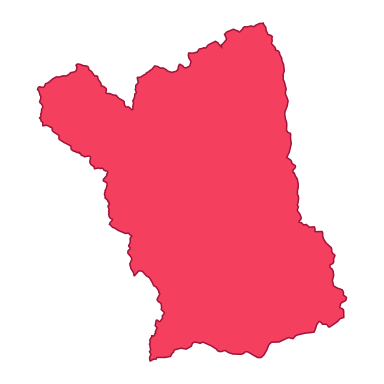 Wiang Haeng, Chiang Mai, Thailand (Mercator projection)
{"feature_id": "78962969B7919443073528", "entity_name": "Wiang Haeng", "entity_type": "district", "adm_level": 2, "iso_a3": "THA", "parent_name": "Thailand", "parent_adm1": "Chiang Mai", "projection": "mercator", "projection_center": [98.614, 19.591], "detail": "fine", "context": "isolated", "style": "filled", "palette": "rose", "viewbox_px": 384, "rotation_deg": 0, "n_neighbors": 0, "source": "geoboundaries", "source_scale": "gbopen_adm2", "svg_char_len": 5854}
<svg xmlns="http://www.w3.org/2000/svg" viewBox="0 0 384 384"><path d="M263.2,23.0L262.1,23.4L259.7,23.4L255.2,25.5L254.6,26.4L253.4,26.7L251.4,25.9L247.1,26.9L244.3,26.8L242.8,28.2L242.4,29.3L239.6,32.0L238.7,31.7L237.6,30.7L236.0,30.4L233.5,29.2L226.8,31.9L224.5,34.3L226.3,38.1L226.4,39.5L222.9,43.8L221.3,44.9L221.6,47.1L219.1,44.6L217.9,42.7L215.4,41.3L208.2,44.9L205.7,48.0L203.7,47.8L201.3,48.7L199.5,48.9L198.8,49.5L197.2,52.3L196.4,52.1L194.4,52.9L191.9,53.2L189.6,52.9L188.7,53.1L188.3,54.8L188.8,57.9L190.8,61.0L190.9,61.9L189.7,66.0L186.4,67.7L185.4,67.8L183.8,67.3L182.6,65.7L179.8,64.2L178.7,65.4L177.9,69.4L176.4,71.2L171.7,72.4L167.3,70.9L166.6,69.9L163.7,68.2L162.5,67.9L160.4,68.1L157.6,66.5L154.7,65.9L151.9,69.3L149.7,70.7L148.8,71.7L146.6,72.7L145.7,74.1L144.1,74.8L140.3,77.3L137.7,77.3L137.2,77.8L138.3,82.8L135.8,85.3L135.7,88.1L135.3,89.6L136.3,92.4L136.1,93.2L134.8,94.0L134.7,96.1L133.9,99.1L132.8,100.6L133.5,103.2L132.8,106.7L133.0,108.8L132.3,109.8L132.0,109.9L129.2,107.4L128.1,106.8L126.2,107.0L125.5,106.7L124.4,104.5L124.2,101.7L123.2,100.7L118.6,98.2L116.2,95.3L112.9,94.9L109.8,93.5L106.7,93.5L105.8,92.7L106.4,90.1L106.3,88.9L104.8,87.2L102.4,86.0L101.3,85.8L100.8,83.0L98.1,79.2L97.6,76.4L96.2,75.8L95.1,76.1L94.2,75.4L91.5,71.4L88.8,69.6L88.5,67.7L87.9,66.6L86.2,65.9L83.6,65.7L79.7,64.2L77.4,64.0L76.3,64.8L76.0,65.4L76.6,66.4L76.9,68.3L76.2,70.6L74.6,71.9L70.6,72.6L69.5,73.9L66.4,75.9L62.5,75.9L59.1,77.1L57.1,76.8L55.6,77.2L52.8,78.8L48.2,82.7L45.6,83.7L44.0,87.1L43.1,87.4L41.9,87.1L40.7,87.3L39.9,86.7L38.7,87.0L37.9,88.2L37.5,89.6L38.9,91.0L40.0,95.0L40.9,96.6L40.6,99.0L39.6,101.6L39.9,102.6L41.6,104.2L42.7,106.1L42.8,107.3L41.6,109.2L41.4,112.7L40.7,113.8L41.0,116.5L39.6,117.8L39.8,118.5L40.6,118.8L41.1,121.1L42.7,122.3L42.8,125.8L46.5,125.3L48.8,126.1L50.0,127.1L51.6,127.4L52.3,128.9L52.1,129.5L52.4,130.9L54.9,132.9L58.2,134.8L58.8,135.7L59.1,136.4L58.8,137.6L59.2,139.4L63.9,142.4L70.7,145.9L71.1,146.8L71.0,148.5L71.4,149.5L73.4,151.1L75.0,151.3L75.3,151.7L75.9,151.5L76.2,152.1L77.2,152.6L79.1,152.3L79.3,153.4L80.6,153.5L81.3,155.3L82.6,155.6L84.7,156.8L88.4,156.0L89.7,156.2L90.4,157.0L90.5,157.9L89.9,160.7L89.9,162.7L91.0,164.6L94.0,166.7L94.5,168.8L98.8,168.0L100.4,168.6L101.8,168.1L102.8,168.5L104.2,170.4L107.4,171.4L107.7,172.9L106.8,174.0L106.8,175.5L103.5,179.2L103.2,180.8L106.6,182.7L107.0,183.5L107.2,184.4L106.2,188.7L105.0,190.6L105.2,191.7L104.6,193.1L104.5,194.8L105.3,196.8L105.0,197.4L105.2,198.2L107.8,200.4L107.8,201.4L109.1,202.5L108.8,203.4L109.5,204.2L109.3,204.7L108.2,205.5L108.0,206.6L109.2,209.5L108.6,210.8L109.1,212.2L108.6,213.4L109.2,216.7L110.2,218.2L112.4,219.3L111.9,220.6L110.0,222.8L109.4,224.4L110.6,225.2L112.5,227.3L114.9,228.2L118.0,230.3L125.3,233.4L128.5,233.2L130.5,235.3L131.7,235.8L131.8,236.4L130.6,237.4L130.0,238.7L130.3,241.2L129.8,243.7L128.8,245.1L128.6,245.9L128.8,246.6L130.2,247.5L130.3,248.0L129.8,249.1L128.0,250.9L127.8,252.5L128.1,253.6L130.6,256.4L131.7,258.3L131.7,259.5L129.8,263.9L129.9,264.5L131.0,268.8L133.4,272.5L134.1,275.7L134.6,275.7L138.5,271.2L139.7,270.8L141.9,271.2L143.0,272.0L146.4,275.9L149.4,277.6L152.4,282.7L153.6,285.6L156.2,287.0L158.7,290.9L158.9,292.7L159.7,293.7L159.7,294.3L157.2,299.0L157.1,299.8L158.1,301.4L161.1,303.5L161.6,307.6L161.2,309.6L164.3,312.5L164.3,313.4L162.2,316.0L162.5,318.1L160.0,321.6L159.2,321.6L157.4,320.1L156.2,320.3L155.2,325.7L156.9,327.6L157.0,328.1L155.3,331.6L155.7,333.2L154.8,333.8L154.6,334.9L153.8,335.9L153.1,336.2L152.3,335.6L151.7,335.7L151.5,337.3L150.0,339.4L149.8,340.9L150.4,341.9L149.4,344.2L149.9,345.0L150.1,347.3L150.7,349.2L150.2,350.8L149.5,351.6L151.0,354.5L149.6,357.3L149.7,359.7L150.2,361.0L153.7,359.2L156.1,359.1L157.1,357.4L164.9,357.5L170.6,356.4L171.8,353.9L173.6,352.0L174.0,350.3L174.4,349.9L180.9,348.2L186.3,349.1L191.5,346.1L192.4,343.1L195.1,342.0L200.2,343.3L202.6,342.2L203.4,342.3L211.2,345.8L216.6,349.2L217.5,350.7L219.2,351.5L221.3,351.6L223.7,350.7L225.3,350.6L228.3,352.5L232.8,354.0L241.0,354.3L243.5,353.5L245.3,351.9L246.9,351.7L248.4,352.2L256.7,357.1L258.1,357.6L260.6,357.6L261.9,356.9L264.1,354.7L266.9,349.8L268.5,345.6L269.4,344.1L271.6,342.2L279.0,342.0L287.9,337.8L288.9,337.7L293.0,338.7L295.5,335.9L296.9,335.1L304.9,333.2L313.9,332.2L314.6,331.1L317.0,324.2L319.1,321.5L320.0,321.7L321.4,322.7L322.4,324.2L326.5,324.3L327.6,325.3L328.4,326.9L329.7,327.0L337.4,321.7L340.2,318.6L343.8,317.5L343.7,311.4L343.4,309.6L342.0,308.5L339.9,307.8L339.8,306.7L340.8,303.5L341.9,302.5L345.3,300.8L346.2,299.4L346.5,297.7L346.0,297.0L343.4,295.0L343.5,292.4L342.3,289.8L337.2,288.0L333.6,285.9L332.4,280.5L333.7,275.4L333.2,271.4L332.1,269.0L330.6,268.0L329.9,266.6L329.9,265.1L332.9,263.4L333.7,262.1L333.6,258.7L334.8,256.2L334.9,255.1L332.6,253.4L331.8,251.8L331.6,248.5L331.1,247.5L326.1,243.0L323.6,239.0L322.7,236.0L322.6,232.3L322.0,231.5L315.2,231.7L314.8,231.2L315.1,229.7L314.8,227.8L314.2,226.8L309.4,227.2L306.3,224.5L303.7,224.9L301.2,222.6L299.1,222.3L299.3,220.9L300.7,219.6L301.3,218.0L300.2,214.7L297.2,210.4L298.4,206.8L297.2,204.8L297.9,203.3L298.6,198.6L298.4,196.1L297.4,194.2L297.5,190.1L298.2,188.0L298.2,183.6L297.2,178.8L295.2,175.7L294.3,173.0L293.2,172.8L292.9,172.2L293.2,169.6L294.8,168.4L295.5,166.5L295.2,165.5L293.1,164.3L291.8,162.9L291.4,161.1L290.6,160.0L286.7,157.5L289.3,152.1L291.3,143.6L290.5,137.9L290.7,134.2L290.4,133.4L287.5,132.1L286.5,129.8L286.8,124.4L286.5,122.0L285.4,118.8L284.8,114.9L284.9,111.9L287.1,106.4L288.1,100.9L286.5,96.3L285.6,94.8L285.4,91.7L286.2,89.2L284.4,82.1L283.2,79.5L283.2,74.1L284.3,71.0L283.6,64.7L281.9,60.5L281.7,58.1L279.9,54.8L279.4,52.4L278.2,50.9L275.5,50.1L275.5,48.5L274.7,47.0L271.7,43.9L271.5,43.3L272.2,40.8L271.9,38.5L272.3,36.6L270.8,35.3L268.0,34.5L266.3,30.8L265.7,27.2L263.7,24.5L263.2,23.0Z" fill="#f43f5e" stroke="#9f1239" stroke-width="1.5"/></svg>